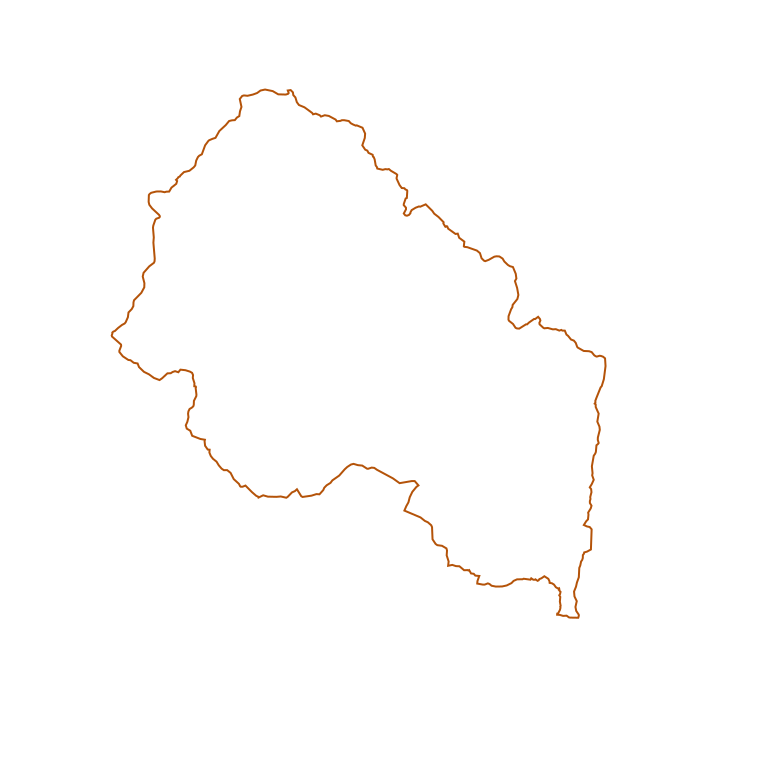 Tazlau, Neamt, Romania (orthographic projection), rotated 44°
{"feature_id": "2599482B29958320334989", "entity_name": "Tazlau", "entity_type": "district", "adm_level": 2, "iso_a3": "ROU", "parent_name": "Romania", "parent_adm1": "Neamt", "projection": "orthographic", "projection_center": [26.403, 46.703], "detail": "fine", "context": "isolated", "style": "outline", "palette": "amber", "viewbox_px": 768, "rotation_deg": 44, "n_neighbors": 0, "source": "geoboundaries", "source_scale": "gbopen_adm2", "svg_char_len": 6116}
<svg xmlns="http://www.w3.org/2000/svg" viewBox="0 0 768 768"><g transform="rotate(44 384 384)"><path d="M686.1,417.2L685.1,415.3L684.2,414.6L679.9,413.7L676.6,411.4L673.5,406.3L668.6,404.5L664.9,401.3L662.9,396.4L660.7,392.8L658.4,387.7L652.2,380.6L651.3,378.3L649.1,374.8L648.8,372.9L647.9,371.1L645.9,368.9L645.7,367.2L645.0,366.1L646.5,363.5L647.8,359.3L634.3,344.3L631.3,344.0L628.9,345.5L625.7,346.6L624.8,342.3L624.8,339.7L621.8,335.9L620.2,334.7L619.1,329.8L617.8,327.4L614.8,326.6L613.4,325.2L612.4,323.3L610.9,322.1L608.4,317.7L606.0,315.7L603.8,315.4L603.0,311.7L601.4,307.2L597.2,305.1L596.0,303.3L590.7,298.8L584.7,289.9L584.3,287.4L583.6,285.7L579.4,280.5L579.6,278.4L579.4,277.3L576.6,275.7L575.0,273.9L571.1,267.1L568.6,265.0L563.6,262.9L559.0,256.2L552.3,253.5L550.4,251.6L549.2,251.8L548.9,250.4L547.7,249.3L546.4,246.3L542.2,236.0L542.1,234.3L538.8,227.8L530.9,217.2L525.2,212.0L522.6,212.2L520.6,213.1L519.5,213.9L518.0,216.5L516.9,217.0L515.3,217.3L511.2,216.8L508.7,218.0L504.7,221.5L498.1,223.2L497.2,223.1L493.3,221.2L490.4,220.9L487.6,222.1L483.0,221.5L480.9,221.7L477.0,220.0L475.2,221.7L474.0,221.9L473.0,223.8L469.5,225.2L467.5,227.4L462.9,229.9L460.6,232.6L459.5,232.9L454.5,233.0L453.3,232.1L452.4,229.7L451.0,228.9L448.2,228.6L447.6,232.3L446.8,232.9L445.6,239.1L445.5,241.7L444.7,242.4L442.8,250.2L441.0,251.7L439.6,252.2L435.1,251.2L430.2,251.7L428.9,251.3L426.5,248.7L423.5,241.9L423.0,239.6L421.6,237.7L420.9,230.2L418.8,226.6L413.0,222.4L406.7,219.0L406.0,216.2L402.2,213.2L395.5,210.3L392.7,211.8L390.4,212.3L385.5,212.3L382.2,211.4L378.4,212.1L376.2,214.0L374.9,215.8L373.1,221.9L371.5,225.3L370.4,225.8L366.9,225.8L362.1,223.2L358.1,223.5L348.9,227.7L346.5,229.5L345.8,229.5L342.9,225.8L336.5,226.6L332.6,224.6L331.2,226.4L322.3,227.7L320.0,226.7L319.2,227.2L319.2,228.1L318.8,228.3L315.2,227.3L314.5,226.2L307.2,226.0L301.8,226.6L298.4,225.9L289.2,225.8L286.9,231.3L285.8,232.0L284.3,235.2L283.1,239.7L283.8,242.2L284.4,242.9L284.5,245.1L283.6,247.0L282.1,247.9L279.8,247.6L278.5,243.1L277.3,241.9L273.9,241.6L273.2,240.8L270.7,235.5L271.2,234.3L266.6,228.9L265.9,228.6L264.1,229.2L262.7,229.0L260.6,230.7L257.0,230.1L250.6,227.6L250.0,227.2L248.3,224.4L247.1,224.3L240.9,225.8L238.2,226.0L237.4,227.2L235.7,228.5L234.3,230.8L229.5,233.7L228.0,232.8L226.3,232.6L221.2,228.9L218.9,227.9L218.1,228.1L216.6,227.0L212.3,228.5L209.9,227.7L207.7,228.5L202.6,227.4L199.3,220.4L196.5,217.0L190.5,214.6L184.7,216.9L184.3,217.7L181.8,218.7L179.0,219.5L176.0,219.3L172.1,221.9L170.3,223.7L170.0,224.8L167.6,227.8L165.5,227.4L158.1,229.5L154.7,231.8L152.9,235.4L151.1,235.3L147.1,236.9L145.6,239.3L144.2,238.9L134.6,240.2L129.0,242.4L125.5,241.8L121.2,239.4L118.1,239.2L115.9,237.5L112.7,237.4L110.9,239.7L113.3,240.9L113.4,242.0L112.3,244.0L106.7,249.1L100.5,250.6L93.9,254.8L91.3,258.7L90.6,262.8L88.6,266.9L85.6,271.5L82.8,273.7L81.9,275.3L82.3,279.2L89.0,283.7L91.0,287.9L93.8,291.8L93.1,294.5L93.4,297.8L91.5,299.9L89.9,302.4L90.3,307.7L89.8,316.3L91.8,324.0L90.3,326.8L88.9,330.1L88.8,331.2L89.5,336.5L93.4,345.3L92.5,348.1L92.5,350.0L93.7,353.7L96.4,357.9L96.6,360.3L95.9,365.8L92.9,370.5L92.7,375.6L93.0,376.5L92.4,378.1L92.7,379.4L92.6,381.6L94.2,381.7L95.5,384.3L94.7,390.4L95.8,394.8L93.8,396.9L93.0,398.4L89.7,400.5L86.5,403.7L83.7,408.2L83.4,410.1L83.6,411.4L88.2,416.5L90.7,418.1L95.2,418.8L104.7,418.6L106.2,419.0L106.7,419.8L106.7,420.7L105.4,423.2L105.4,424.7L108.0,430.3L109.2,432.0L116.6,438.5L119.9,442.5L131.9,453.0L133.7,455.1L134.3,456.6L133.4,462.4L133.8,471.0L135.8,474.3L141.6,477.9L144.4,481.0L146.1,487.0L146.0,497.4L147.1,499.3L149.6,502.1L150.5,505.3L150.5,510.0L153.4,513.9L155.3,519.1L155.4,520.7L154.5,523.5L153.8,528.4L153.6,532.8L152.9,534.3L152.8,535.7L153.6,536.4L154.4,538.2L155.4,538.8L167.4,538.3L168.5,539.2L170.5,543.9L171.4,544.8L176.9,545.5L183.4,544.3L185.1,543.0L189.2,542.6L192.5,540.4L196.0,542.0L202.9,542.0L208.2,540.3L214.2,539.5L219.8,537.1L220.4,534.1L220.8,526.8L223.1,524.4L223.6,522.2L224.8,519.9L227.9,518.4L227.6,515.1L231.6,512.0L235.8,509.9L238.2,509.3L240.4,510.2L242.3,512.5L247.1,515.1L249.1,517.4L250.2,516.6L250.9,516.8L251.4,517.8L256.4,521.9L257.4,523.1L259.0,528.2L261.6,531.1L262.3,532.5L262.2,534.5L261.5,537.0L262.3,539.5L263.7,541.5L266.4,543.7L268.8,547.8L270.1,551.4L273.1,553.1L277.1,552.2L282.0,554.5L290.1,551.1L293.9,548.5L294.8,549.9L298.2,552.7L302.7,553.6L304.2,552.4L306.0,554.6L309.4,556.1L312.9,556.6L317.5,556.2L321.7,557.3L326.0,557.7L328.7,557.2L331.0,554.9L335.4,554.5L342.0,556.8L349.0,556.6L351.6,557.5L352.3,557.4L353.6,556.2L354.9,553.3L364.3,553.5L369.8,553.2L371.7,552.5L372.6,552.9L374.4,548.0L378.7,545.7L384.9,540.0L387.9,536.6L392.7,533.7L393.1,532.2L393.1,525.9L394.3,523.0L394.5,520.2L402.4,522.2L403.9,521.8L409.4,514.7L411.9,510.1L414.2,508.2L414.0,502.5L413.1,500.1L413.1,496.7L414.2,492.3L413.8,489.2L415.4,481.0L415.0,472.7L415.2,469.2L416.2,464.8L417.6,462.6L421.6,460.5L425.0,457.8L430.6,456.7L431.4,456.1L433.2,452.7L435.3,451.1L438.5,450.6L455.9,445.7L464.1,444.5L471.5,434.4L473.5,432.5L479.2,433.0L478.8,435.6L479.3,441.9L481.2,447.6L483.8,452.2L484.9,456.4L486.6,460.9L503.0,454.6L508.5,454.1L511.6,453.0L516.1,452.8L518.0,453.6L526.8,462.0L532.2,463.2L534.3,462.9L538.1,460.1L543.1,458.9L545.0,460.0L548.1,463.7L553.8,466.8L556.4,470.2L558.8,466.7L562.3,465.0L564.9,462.7L571.0,462.3L573.5,459.7L574.2,459.6L574.5,458.7L578.2,459.8L580.4,458.2L582.8,458.4L585.9,455.9L588.1,460.8L589.7,462.8L594.5,459.6L595.8,458.3L597.2,455.3L598.8,454.6L601.5,454.4L605.2,452.0L609.6,447.6L612.2,443.7L614.0,438.7L614.0,435.6L615.4,432.1L619.3,428.2L619.7,427.1L625.3,423.0L624.9,421.5L627.3,421.1L628.7,419.8L628.7,419.3L631.2,418.9L631.6,417.8L631.3,416.4L632.2,414.4L632.9,410.9L637.5,410.0L640.0,410.9L641.3,412.0L643.2,410.7L645.6,410.2L648.8,410.8L651.4,410.2L651.7,409.5L652.5,410.3L652.7,409.9L653.9,410.8L655.4,410.9L656.7,413.1L656.8,414.2L658.7,414.7L661.7,418.4L665.2,420.9L665.4,421.7L666.4,422.4L667.5,424.3L668.6,428.1L668.1,428.8L668.8,429.7L670.8,428.0L673.9,426.4L676.3,423.8L679.2,423.4L680.2,422.7L686.1,417.2Z" fill="none" stroke="#b45309" stroke-width="2"/></g></svg>